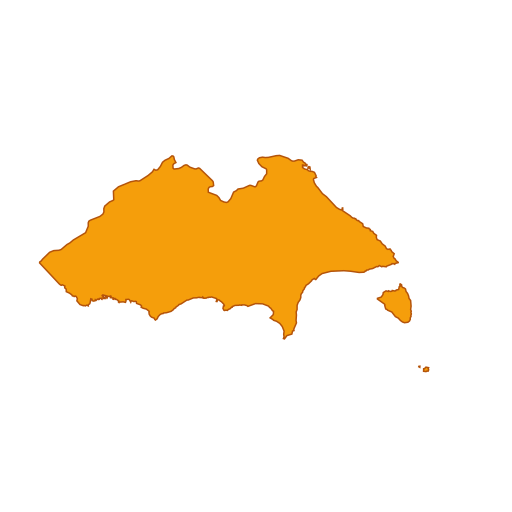 outline of Pedernales, Pedernales, Dominican Republic, rotated 290°
{"feature_id": "3306468B80072272336201", "entity_name": "Pedernales", "entity_type": "district", "adm_level": 2, "iso_a3": "DOM", "parent_name": "Dominican Republic", "parent_adm1": "Pedernales", "projection": "natural_earth1", "projection_center": [-71.521, 17.882], "detail": "fine", "context": "isolated", "style": "filled", "palette": "amber", "viewbox_px": 512, "rotation_deg": 290, "n_neighbors": 0, "source": "geoboundaries", "source_scale": "gbopen_adm2", "svg_char_len": 6139}
<svg xmlns="http://www.w3.org/2000/svg" viewBox="0 0 512 512"><g transform="rotate(290 256 256)"><path d="M316.4,148.8L318.7,146.3L321.1,144.8L321.6,143.8L321.3,142.7L318.0,140.9L314.8,137.7L312.1,136.1L307.4,135.5L303.4,134.1L302.3,132.5L302.6,130.5L299.7,129.9L294.8,127.1L287.0,121.2L286.3,120.2L285.7,117.5L282.9,112.8L274.0,103.1L268.2,99.8L260.2,103.1L259.3,102.6L256.7,99.9L251.2,96.8L248.5,96.8L245.4,98.0L243.0,97.8L239.8,95.8L233.0,88.1L231.5,87.0L229.8,87.0L226.6,88.2L219.6,87.9L208.6,78.9L204.6,76.6L202.2,74.5L195.5,70.7L194.0,68.9L191.9,64.1L188.9,60.8L180.0,56.5L177.8,55.8L176.4,54.8L175.5,55.0L162.4,80.8L161.9,82.4L161.9,83.1L162.7,83.8L162.4,86.7L160.7,87.1L159.9,89.0L157.6,89.9L157.3,93.5L156.5,96.2L155.7,97.1L156.0,98.5L155.7,99.0L156.5,99.8L156.5,100.8L154.9,102.7L152.6,103.0L150.2,107.2L150.2,110.8L150.7,111.2L150.7,112.7L151.8,113.5L151.8,115.4L152.6,115.0L154.3,116.1L155.3,116.1L159.3,115.4L159.3,116.7L158.0,117.3L158.0,118.6L158.8,120.0L160.0,119.9L159.6,120.9L161.3,121.8L161.3,123.2L161.6,123.5L162.4,123.2L162.7,123.6L163.2,124.9L162.7,125.5L162.4,126.8L162.7,125.8L163.9,125.8L164.4,126.8L163.9,127.3L164.4,128.7L165.8,126.4L165.8,125.4L166.3,124.9L167.1,125.4L167.4,129.1L166.3,128.7L166.3,129.4L165.8,129.4L165.5,130.4L167.5,130.4L167.8,132.3L168.6,132.7L168.6,133.6L167.1,133.6L167.8,136.3L166.6,136.3L166.6,136.9L167.1,136.9L167.8,138.2L167.1,138.6L167.5,139.5L167.1,141.4L166.7,142.4L165.8,142.4L165.5,143.1L165.8,143.1L167.5,146.9L167.8,149.2L169.4,149.2L170.6,148.6L171.7,150.9L171.7,151.9L169.8,154.1L171.1,154.1L171.4,154.5L171.4,156.8L172.2,158.3L172.2,159.1L170.6,160.0L170.6,164.2L169.8,165.6L168.6,165.6L168.3,167.8L168.6,171.1L167.8,173.7L167.2,174.7L166.4,174.7L164.7,175.6L163.3,177.4L162.8,178.9L162.8,181.5L161.8,182.5L161.4,183.4L163.2,184.6L165.7,184.8L168.2,185.9L169.7,187.3L170.0,188.3L170.8,188.6L172.1,191.3L174.9,195.1L177.3,196.7L178.7,197.1L179.8,198.2L180.6,198.2L183.3,200.1L184.0,200.1L185.3,201.9L190.9,206.1L191.4,207.3L195.2,211.5L196.4,214.5L197.8,216.7L197.7,217.6L198.1,218.2L198.5,220.2L199.2,220.1L198.9,220.8L198.4,221.0L198.6,221.8L199.4,223.6L200.5,224.7L200.7,225.5L201.3,225.9L201.5,227.0L202.3,228.2L202.5,233.3L202.2,233.4L201.9,234.5L202.0,236.8L201.5,237.5L201.2,239.2L199.8,242.0L198.7,243.2L198.2,243.2L197.9,242.5L195.4,242.9L194.0,244.5L194.0,245.1L194.8,246.2L195.1,247.8L196.2,248.2L197.7,249.8L199.4,250.5L199.8,251.2L200.4,251.1L202.4,253.2L203.9,256.9L204.3,257.2L204.8,259.5L205.3,259.5L206.1,261.9L206.3,264.5L205.9,265.6L211.1,271.8L213.3,278.5L213.2,284.9L212.3,286.4L212.0,287.7L210.2,290.3L210.1,291.4L206.9,292.3L202.7,290.4L202.0,293.8L201.6,294.5L201.7,297.6L200.8,301.4L198.7,304.8L195.0,308.1L191.9,308.8L189.6,310.0L187.8,310.0L187.8,311.1L191.8,312.3L194.9,316.4L198.0,316.0L198.9,317.2L200.1,316.5L207.0,316.9L209.1,315.7L214.3,314.2L217.1,312.9L219.8,312.9L223.7,311.5L226.8,311.5L229.6,312.3L232.2,312.3L234.5,311.5L236.0,311.5L237.9,312.2L239.4,311.9L241.8,312.7L242.8,312.4L244.0,313.0L245.5,313.0L247.8,314.8L251.7,316.7L252.5,316.7L254.8,318.4L254.2,319.8L254.4,320.3L258.6,321.7L262.1,324.1L267.3,331.7L272.2,343.5L274.0,349.9L275.8,358.6L277.7,363.0L278.8,363.8L279.2,363.7L279.8,364.7L280.5,364.7L281.4,366.4L282.4,367.0L284.1,369.9L287.3,372.9L287.6,374.2L289.2,375.1L288.9,377.9L289.6,378.5L290.4,382.1L291.3,382.4L294.3,385.9L295.5,386.5L295.4,387.4L296.0,388.1L295.7,389.2L296.6,389.3L298.4,391.9L298.7,391.8L299.5,389.3L300.9,387.6L301.0,386.7L302.4,385.1L305.4,385.1L306.5,382.1L307.7,380.9L308.0,379.5L308.4,379.4L307.3,377.6L307.6,376.0L309.5,374.0L310.6,370.4L312.6,367.7L312.8,364.2L314.8,362.6L316.6,362.2L317.6,358.9L319.0,357.3L318.9,354.7L320.0,354.4L320.2,353.1L320.7,352.6L320.1,350.1L320.4,346.7L322.8,345.2L323.8,341.0L324.4,340.4L324.0,339.2L324.4,337.8L325.2,336.9L324.8,336.2L325.2,335.4L324.8,334.4L325.1,332.7L326.0,330.8L328.1,322.2L328.4,321.5L329.3,321.7L330.8,321.0L330.5,320.6L328.9,321.1L328.5,320.6L328.4,318.6L329.1,315.0L335.8,301.9L337.3,297.1L341.5,290.6L342.2,288.9L344.8,285.7L347.5,283.8L348.5,283.7L350.5,286.0L351.2,285.0L352.0,285.0L354.6,282.3L354.7,279.8L354.1,277.9L354.1,275.9L354.7,275.0L354.4,271.8L355.1,269.5L357.4,268.6L357.7,269.7L357.1,270.3L357.9,271.3L357.7,272.2L358.0,272.9L359.0,272.8L359.4,272.5L359.3,271.2L360.2,270.2L360.4,268.6L361.8,266.5L360.9,262.8L358.3,259.6L357.7,258.1L357.7,256.5L358.8,252.8L358.6,243.8L357.2,240.7L352.9,233.9L351.7,231.1L351.1,228.3L349.5,225.6L347.7,224.5L346.5,224.5L343.9,227.0L341.9,231.0L341.4,235.7L340.7,236.5L336.9,237.9L333.7,236.8L329.7,236.4L328.5,235.5L327.3,233.2L326.3,232.6L322.3,232.4L321.0,231.9L320.6,231.1L320.6,227.0L320.2,225.8L315.4,220.9L312.8,216.2L310.7,215.2L308.4,213.1L301.3,212.7L297.3,211.2L296.2,210.0L295.8,207.4L296.1,203.7L298.2,201.2L299.5,198.4L299.6,189.4L302.5,188.2L304.2,188.3L305.3,189.1L306.5,191.4L307.7,192.1L310.9,190.5L311.8,189.4L319.1,173.0L319.0,171.7L317.3,169.9L316.9,168.4L316.9,163.4L317.9,160.2L317.7,159.0L316.6,157.5L313.8,155.6L311.8,153.5L309.7,149.3L310.2,148.0L312.9,146.8L314.6,147.2L316.4,148.8ZM257.8,384.6L257.1,384.8L254.8,393.1L254.1,393.9L253.5,393.9L250.6,396.0L250.5,397.6L250.1,398.1L249.8,402.8L246.7,407.7L246.3,410.9L244.8,413.8L244.1,416.2L244.1,418.4L245.7,421.4L247.5,422.5L249.4,422.6L250.4,422.1L252.5,422.3L252.9,421.9L254.7,421.8L256.1,420.8L257.2,420.8L258.6,419.6L261.9,418.9L267.1,416.5L268.4,414.4L270.7,413.0L272.7,411.2L274.0,409.1L276.1,407.8L276.6,406.4L276.6,404.4L277.6,402.9L278.5,402.9L279.1,401.5L279.1,401.0L278.0,401.0L277.1,401.7L276.6,401.7L276.2,401.1L273.3,401.5L272.0,399.4L271.2,399.2L270.6,398.4L270.2,395.8L269.3,395.7L268.6,394.3L268.6,392.4L267.9,392.4L267.7,390.1L265.2,388.1L263.1,388.5L260.2,387.7L257.8,384.6ZM207.4,452.1L205.0,452.9L205.5,455.3L206.4,456.1L206.6,457.1L208.1,457.2L208.9,456.4L210.1,456.4L209.7,453.7L207.9,452.9L207.4,452.1ZM357.2,274.6L356.3,274.8L356.9,276.0L356.3,277.1L358.1,276.2L358.1,275.1L357.2,274.6ZM201.5,234.2L199.7,234.2L199.8,234.9L201.1,235.0L201.6,234.6L201.5,234.2ZM208.1,446.8L207.6,446.8L207.4,448.0L208.5,447.7L208.1,446.8Z" fill="#f59e0b" stroke="#b45309" stroke-width="1.5"/></g></svg>